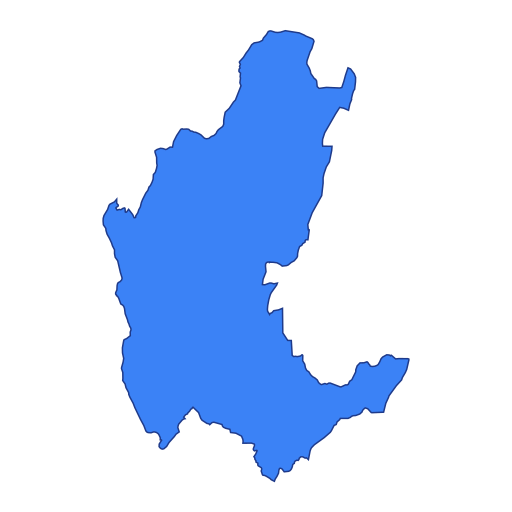 outline of Briceño, Boyacá, Colombia
{"feature_id": "7082276B11306112242915", "entity_name": "Briceño", "entity_type": "district", "adm_level": 2, "iso_a3": "COL", "parent_name": "Colombia", "parent_adm1": "Boyacá", "projection": "natural_earth1", "projection_center": [-73.909, 5.679], "detail": "fine", "context": "isolated", "style": "filled", "palette": "blue", "viewbox_px": 512, "rotation_deg": 0, "n_neighbors": 0, "source": "geoboundaries", "source_scale": "gbopen_adm2", "svg_char_len": 6068}
<svg xmlns="http://www.w3.org/2000/svg" viewBox="0 0 512 512"><path d="M274.4,481.3L275.2,479.1L277.0,476.3L278.5,473.2L278.9,470.1L279.4,468.7L279.9,468.3L280.8,468.3L282.1,469.0L284.2,471.8L288.7,471.3L290.2,470.5L291.4,469.0L292.3,466.8L292.7,464.7L293.4,463.9L294.3,463.4L294.5,462.0L295.2,461.0L296.9,460.2L298.2,460.4L298.6,459.7L298.9,459.6L299.3,458.2L300.8,456.8L302.7,456.8L305.1,458.1L306.6,457.9L308.4,459.6L310.1,450.9L311.0,448.5L311.7,447.5L314.4,444.7L324.2,437.6L330.3,432.3L331.4,430.7L334.1,425.4L336.2,424.5L337.0,422.0L339.7,419.6L340.3,418.4L348.0,418.4L350.5,417.3L351.4,416.4L353.1,415.7L355.7,415.5L359.8,414.0L362.0,412.0L362.5,410.6L363.5,409.3L365.2,407.9L367.7,408.7L371.2,412.5L371.9,412.7L383.6,412.2L385.8,403.3L388.5,397.4L389.0,395.8L396.4,385.6L401.6,379.9L402.4,377.5L405.3,372.6L406.7,369.4L408.9,359.9L408.8,359.0L407.8,358.7L398.9,358.6L395.6,358.9L391.4,355.3L391.1,355.2L390.4,355.8L389.3,355.0L386.7,354.8L382.7,357.0L381.1,358.7L379.8,361.7L378.2,364.5L377.3,365.2L375.0,366.2L372.4,366.5L370.5,366.2L370.1,365.8L369.6,364.7L368.6,363.8L368.0,362.6L367.0,361.8L363.9,362.8L360.0,362.9L357.2,365.8L355.8,369.7L355.7,371.9L351.8,379.8L349.7,381.2L348.2,384.4L347.2,384.9L345.4,384.9L341.3,386.8L340.3,386.9L330.3,383.1L328.8,383.1L326.8,384.2L324.9,383.5L321.5,384.6L320.6,384.3L318.6,382.6L317.3,380.0L315.1,378.1L312.5,376.6L310.6,374.7L308.8,371.8L306.8,370.5L305.5,368.1L304.7,364.1L302.7,360.8L302.8,355.6L302.4,354.9L302.0,354.8L300.5,356.0L297.4,356.6L295.2,356.3L293.8,356.6L292.2,355.4L291.3,340.5L287.7,340.4L282.8,332.9L282.5,308.3L278.5,309.9L273.7,310.7L272.0,312.7L270.1,313.5L269.6,314.5L267.6,311.2L267.4,309.4L267.7,305.6L268.8,299.7L270.3,294.6L271.3,292.6L276.7,285.0L277.4,283.1L273.9,283.8L271.4,283.1L269.8,283.0L264.8,284.8L262.4,284.6L263.1,279.2L266.0,271.8L265.5,266.4L265.6,264.1L266.2,263.0L267.2,262.2L269.4,262.0L269.6,262.0L269.6,262.4L269.9,262.2L273.3,262.3L277.0,262.8L280.4,264.6L282.2,266.1L286.6,265.6L288.3,264.9L291.1,262.5L294.2,260.8L296.9,257.6L297.5,256.3L297.6,253.6L298.3,250.1L299.6,246.5L301.8,245.3L302.7,243.6L305.0,242.2L305.2,240.6L305.8,239.9L306.5,239.7L307.9,239.8L309.2,230.3L309.1,229.7L308.3,229.8L307.8,224.5L312.2,212.7L321.7,195.6L323.1,183.2L323.1,177.8L324.0,173.6L326.3,166.9L329.4,161.8L331.7,150.5L332.0,146.3L322.7,146.2L322.4,143.4L322.6,139.3L324.7,132.8L335.5,114.0L339.7,107.4L343.7,108.2L348.5,110.3L349.9,103.8L351.6,99.6L351.5,98.3L352.6,93.6L353.7,90.5L354.6,89.4L355.5,81.9L355.6,77.4L354.2,73.8L350.6,69.0L348.0,67.8L345.5,75.2L343.8,81.5L341.8,87.5L339.7,88.0L326.4,87.4L319.1,88.4L317.2,86.6L316.6,80.9L315.5,79.2L314.4,78.7L310.8,73.5L310.3,70.9L309.2,68.1L306.9,64.1L306.8,62.4L307.1,60.5L310.1,51.7L311.8,48.7L314.0,41.3L313.3,39.6L312.2,38.7L305.7,36.0L304.3,35.1L299.3,32.9L285.3,30.7L280.4,32.2L277.8,32.5L275.3,32.3L271.2,31.0L270.0,30.9L268.3,31.5L266.5,34.5L263.4,38.1L262.5,40.3L259.9,41.7L258.3,42.2L254.1,42.9L251.7,44.7L248.5,50.0L246.2,52.9L243.4,57.4L239.5,61.7L239.4,62.5L240.4,64.3L239.5,66.4L240.1,68.0L239.1,69.1L238.9,71.1L239.1,71.7L240.5,73.1L240.1,76.9L240.5,77.9L239.9,82.8L241.0,85.8L235.4,100.1L233.5,102.0L229.3,108.3L225.2,112.2L224.1,117.6L223.7,120.7L223.7,124.1L223.0,125.9L222.5,126.6L218.4,129.7L217.0,131.5L216.1,133.5L214.1,135.4L211.3,136.5L208.9,138.4L206.5,138.8L204.5,138.3L201.0,134.9L198.8,133.6L195.8,132.3L193.9,132.1L192.2,131.2L190.5,131.0L188.7,129.3L186.8,129.0L183.0,129.2L182.1,128.8L180.8,129.3L176.7,135.5L173.6,141.6L172.5,147.2L170.1,147.1L166.8,149.2L165.7,149.5L163.1,148.6L160.5,148.3L157.0,149.5L155.0,150.9L155.0,152.2L156.6,157.3L156.7,163.0L157.1,165.4L156.5,168.5L155.3,172.4L153.4,174.5L153.1,179.2L152.1,182.1L150.4,185.6L149.0,187.0L147.9,190.3L145.8,193.1L142.6,199.5L141.4,202.5L140.3,207.0L138.8,209.7L137.8,212.8L135.7,216.0L135.7,217.2L135.1,217.7L134.1,217.7L132.7,214.6L128.6,209.3L126.7,211.9L126.0,212.3L125.3,212.0L125.0,208.3L124.4,207.9L122.8,208.4L121.1,209.6L120.3,209.7L119.3,209.4L117.1,210.1L115.9,208.0L116.2,207.4L118.0,206.3L118.3,205.6L118.1,204.8L117.0,203.7L116.7,203.0L116.7,199.2L114.4,201.9L109.9,204.2L109.0,205.4L107.6,209.5L104.0,215.5L103.2,218.3L103.1,221.1L103.4,224.8L105.8,228.4L106.0,230.6L107.1,234.2L109.5,238.5L111.5,242.8L112.5,245.9L114.5,249.8L114.5,253.7L115.2,257.3L117.7,260.8L120.4,272.5L122.0,277.7L122.1,278.3L121.6,280.0L120.0,281.7L118.2,282.6L117.5,283.8L117.1,285.6L116.9,289.9L115.7,292.6L115.6,293.9L116.0,294.7L116.4,294.8L116.6,295.8L117.5,296.2L118.7,298.2L120.8,304.0L122.7,305.1L123.7,306.3L124.5,308.5L125.2,313.8L127.5,319.8L128.0,322.0L128.9,323.8L129.6,326.1L130.7,328.0L131.0,329.2L130.9,330.2L130.2,332.1L130.3,335.7L126.7,338.5L124.1,339.7L123.7,340.6L122.4,347.8L122.5,352.9L123.7,358.4L123.1,362.1L121.6,367.4L121.5,368.6L122.8,372.5L122.9,378.5L122.7,380.5L125.1,384.0L126.0,387.7L128.4,392.1L128.7,392.9L128.8,394.5L129.9,397.2L133.2,403.3L134.8,407.5L140.5,419.4L143.8,425.5L145.9,431.0L147.2,432.3L148.4,432.6L151.0,432.8L153.7,431.9L154.8,432.0L156.5,432.5L158.2,433.7L159.0,434.9L160.3,437.8L160.2,439.8L161.4,439.9L161.6,440.2L159.2,444.1L159.1,446.6L159.9,447.7L161.1,448.7L162.3,449.1L163.8,448.8L166.6,446.5L169.0,442.5L174.3,436.6L176.0,434.2L179.2,431.9L177.8,427.5L178.1,425.8L178.7,424.1L182.2,420.0L183.9,418.9L185.0,418.7L183.7,417.2L184.3,416.3L185.6,414.7L187.5,413.9L187.9,412.8L189.5,411.3L190.8,409.2L192.0,408.6L192.4,407.6L193.0,407.2L198.6,412.6L200.7,418.3L202.0,420.2L206.9,423.4L208.9,423.8L209.7,424.7L212.0,422.6L213.8,422.2L222.0,424.5L222.4,425.9L223.4,427.2L225.7,428.3L229.9,429.3L230.6,432.5L235.9,433.2L241.5,436.1L242.8,439.2L243.1,441.2L242.9,443.2L251.5,443.1L254.3,444.1L254.5,444.7L254.4,445.9L253.4,448.4L253.3,449.5L253.8,450.3L254.5,450.9L256.3,450.4L256.8,450.4L257.1,450.8L255.7,454.1L253.9,456.7L254.7,457.7L255.0,459.5L255.9,460.6L256.0,462.1L257.9,463.2L257.8,464.9L258.1,465.7L261.3,467.7L261.6,468.3L261.7,469.3L261.2,471.0L262.4,474.6L262.9,475.2L264.8,475.5L266.4,476.3L269.9,478.4L271.2,479.7L274.4,481.3Z" fill="#3b82f6" stroke="#1e3a8a" stroke-width="1.5"/></svg>